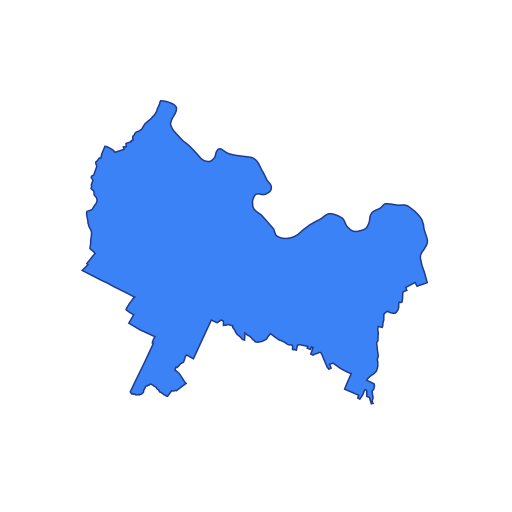 the district of Go Dau, Tây Ninh, Vietnam, rotated 160°
{"feature_id": "81297802B39580963826669", "entity_name": "Go Dau", "entity_type": "district", "adm_level": 2, "iso_a3": "VNM", "parent_name": "Vietnam", "parent_adm1": "Tây Ninh", "projection": "orthographic", "projection_center": [106.266, 11.16], "detail": "fine", "context": "isolated", "style": "filled", "palette": "blue", "viewbox_px": 512, "rotation_deg": 160, "n_neighbors": 0, "source": "geoboundaries", "source_scale": "gbopen_adm2", "svg_char_len": 6116}
<svg xmlns="http://www.w3.org/2000/svg" viewBox="0 0 512 512"><g transform="rotate(160 256 256)"><path d="M283.6,417.2L281.5,419.4L280.1,422.0L280.0,422.9L280.2,423.8L280.8,425.4L281.8,427.0L284.0,429.2L288.2,432.4L292.3,434.5L293.6,433.5L294.5,432.0L297.3,429.0L298.7,427.7L299.4,426.4L301.9,424.2L304.0,422.8L305.5,422.3L307.0,421.3L308.5,420.6L311.1,419.8L315.3,418.1L320.3,414.1L323.7,413.4L326.0,413.4L326.8,413.2L328.0,412.5L329.4,411.0L330.6,410.8L331.3,409.8L331.6,408.7L331.8,407.2L333.8,407.0L333.9,406.2L339.7,406.2L340.6,403.0L343.4,403.9L343.4,401.4L351.6,401.6L351.9,401.8L353.0,401.7L353.3,401.8L353.9,404.2L358.0,409.1L360.4,410.8L366.0,404.7L368.4,401.0L369.5,401.6L370.1,401.6L372.0,400.1L373.0,399.6L374.4,399.1L374.8,398.5L375.0,394.6L380.6,387.8L381.0,387.5L383.1,387.3L383.5,387.0L384.0,385.9L383.5,384.2L383.5,382.7L386.4,379.2L386.7,377.5L387.9,375.9L387.4,374.4L386.6,373.4L386.3,372.3L386.5,370.8L387.0,369.8L387.1,369.1L387.1,368.6L386.1,365.6L386.0,364.8L386.2,363.0L386.6,362.1L388.5,359.8L389.4,359.4L391.5,357.9L393.9,355.9L395.9,355.6L399.4,355.7L399.7,355.6L400.2,354.9L400.6,354.0L401.2,351.8L402.1,346.0L402.6,344.7L402.8,340.1L402.3,336.8L402.4,334.6L403.8,331.3L406.3,326.6L407.0,324.5L409.5,319.9L408.8,318.4L407.4,316.0L406.3,313.4L408.2,312.5L417.6,306.7L416.9,305.3L424.3,301.9L409.3,285.7L405.5,282.0L399.4,275.1L391.6,267.0L384.1,258.8L385.2,258.6L391.2,254.6L394.4,252.1L396.5,250.0L395.5,248.4L394.0,246.1L391.0,242.6L398.5,236.4L390.1,226.1L378.6,214.8L381.5,212.1L383.2,209.8L382.3,209.0L398.1,193.2L414.2,177.7L420.6,171.3L420.1,169.2L419.8,168.7L419.1,168.8L418.3,167.9L417.3,168.0L417.0,167.8L416.7,166.8L416.5,166.7L415.4,166.2L414.5,166.2L413.3,165.4L411.0,165.4L409.9,165.7L408.3,166.5L407.8,167.3L407.5,168.4L406.3,169.0L405.3,170.0L404.9,170.7L403.8,171.4L403.4,171.5L402.7,171.1L401.9,171.5L400.6,171.2L399.4,171.8L398.8,171.7L397.2,170.1L396.5,168.8L394.8,167.0L394.5,165.0L393.3,163.4L393.3,162.7L392.9,161.0L392.5,160.6L391.6,160.2L391.2,159.1L390.6,158.4L390.2,157.4L389.2,156.6L388.2,155.1L387.1,154.4L381.3,158.3L380.1,157.4L377.6,157.2L377.0,156.6L365.2,160.2L365.9,161.4L368.0,170.5L368.7,172.6L369.9,174.8L371.2,176.5L369.1,179.0L368.3,178.2L365.8,179.3L363.8,180.6L360.8,180.9L360.3,181.2L358.9,182.8L357.4,184.9L356.4,186.0L355.0,186.7L350.0,180.8L319.9,211.1L315.4,206.6L314.5,206.7L310.6,207.8L309.0,206.0L309.0,205.5L310.4,201.9L307.5,201.2L307.0,201.2L306.3,201.4L305.5,201.1L301.6,198.2L302.3,196.8L301.4,194.0L301.2,191.4L300.8,189.4L300.2,188.2L298.2,184.8L297.7,183.2L297.3,182.4L296.6,181.6L295.5,180.9L292.7,187.4L291.1,184.6L289.4,182.8L288.5,181.2L287.7,178.8L286.5,177.0L286.3,176.0L286.0,175.6L284.4,174.6L283.4,174.3L279.8,173.7L275.6,174.1L274.2,174.6L272.1,176.3L270.1,177.4L269.0,178.2L266.3,173.9L262.9,169.1L262.3,168.5L261.4,168.2L260.8,167.3L259.0,165.6L256.5,162.1L255.5,161.3L253.0,160.2L252.6,159.8L252.5,158.6L252.7,157.9L253.6,156.2L253.5,155.5L253.2,155.3L252.8,155.0L251.6,154.8L250.3,153.7L247.5,158.0L246.9,157.8L245.8,157.9L245.4,157.8L238.3,153.4L239.4,151.9L237.1,149.8L236.7,149.6L235.0,151.7L233.7,150.5L235.3,148.4L238.1,145.2L236.3,143.3L235.9,143.5L234.0,143.7L231.0,143.5L229.7,143.9L228.3,143.1L227.8,141.5L227.7,139.8L227.7,137.5L227.1,126.9L227.0,126.5L226.7,126.2L226.3,124.7L223.7,125.0L224.0,129.0L220.2,129.0L215.7,122.3L213.5,119.6L209.9,115.7L206.8,112.8L213.5,105.9L218.3,100.6L207.1,90.0L208.8,88.1L208.9,87.7L207.4,86.0L203.3,88.9L199.8,92.8L199.3,93.1L198.9,92.9L198.4,92.5L198.2,91.7L198.2,91.1L199.9,86.4L199.8,86.0L197.8,84.3L198.2,77.7L196.4,77.5L196.6,79.8L194.7,82.3L194.2,83.7L193.4,88.4L193.2,88.9L192.7,89.5L190.9,90.5L189.5,92.6L188.9,93.9L188.8,95.6L194.5,101.4L193.7,102.1L191.0,103.5L188.0,104.5L186.2,104.8L183.0,106.2L181.9,107.0L179.4,110.5L177.8,114.7L177.6,116.9L177.2,117.7L175.7,119.5L175.2,120.6L174.2,125.5L172.3,133.2L172.0,133.6L170.7,134.4L170.4,134.7L168.8,138.8L167.3,141.9L167.0,144.3L166.5,146.0L165.3,148.0L161.8,145.7L161.0,146.6L159.6,149.6L157.7,152.3L157.2,153.9L156.3,156.0L156.2,157.0L154.3,158.4L151.5,159.1L149.5,157.1L147.0,155.4L145.6,154.8L144.6,154.7L143.2,155.2L141.2,156.7L139.7,158.5L139.1,159.7L139.0,160.4L138.0,162.5L137.1,163.7L135.7,162.7L135.1,162.6L134.6,162.8L134.2,163.3L132.9,165.7L130.8,170.9L130.1,171.8L128.7,172.1L126.0,172.1L126.1,175.2L115.6,176.7L115.0,172.5L104.2,172.4L103.3,183.4L103.3,190.5L102.2,198.0L101.2,200.3L100.3,201.4L98.6,202.9L95.9,204.7L92.2,207.7L90.8,209.4L89.9,211.2L89.5,212.3L89.2,215.1L89.0,221.9L88.8,224.4L87.9,228.2L87.7,232.7L88.0,234.6L88.9,237.8L91.6,244.0L95.2,249.6L96.5,251.4L98.4,252.8L100.1,253.6L104.3,254.8L107.4,256.3L111.1,258.5L115.6,260.6L117.4,260.8L118.6,260.5L121.0,259.2L123.5,258.3L127.8,258.1L130.6,257.7L132.8,256.7L134.4,255.2L135.7,253.6L137.6,249.7L139.3,247.6L142.1,245.0L143.6,244.3L145.7,243.9L148.3,244.0L152.7,244.5L155.0,245.4L156.2,246.1L157.2,247.0L158.3,248.4L160.4,252.7L160.8,254.6L161.1,259.5L161.4,260.7L162.0,262.2L164.7,265.3L168.0,268.2L170.7,270.0L173.1,270.8L174.5,270.8L176.2,270.6L178.5,270.0L181.0,269.1L183.9,268.5L188.3,268.0L194.6,266.9L202.7,264.5L208.8,262.0L211.1,261.5L213.7,261.2L217.2,261.2L220.3,261.8L223.4,262.8L226.3,264.4L228.1,266.0L229.5,267.5L230.3,269.6L230.2,275.4L230.6,276.5L236.9,292.6L240.0,297.1L241.1,299.0L241.8,300.7L242.0,302.4L241.9,304.1L240.7,308.3L239.7,310.0L238.0,312.0L235.9,313.7L234.9,314.0L234.0,314.0L232.8,313.7L231.5,313.1L229.4,311.7L227.5,311.0L225.7,310.8L221.8,311.5L220.2,312.3L219.1,313.3L218.5,314.2L217.9,316.2L217.8,317.5L218.1,318.9L219.7,323.4L220.5,331.0L221.2,334.9L221.8,340.8L222.1,342.7L223.0,345.5L223.8,347.0L225.1,348.9L227.0,350.5L240.0,357.2L242.7,358.8L246.4,361.3L248.7,363.6L251.3,367.4L252.5,368.7L253.0,369.0L253.7,369.2L254.8,369.3L256.0,368.7L257.8,367.3L260.5,363.4L261.4,362.5L264.1,361.2L266.2,360.7L267.9,360.8L269.5,361.6L271.6,362.9L273.1,364.5L274.3,366.4L277.1,373.5L280.7,381.8L282.6,385.1L285.1,388.9L288.4,396.7L289.2,398.4L289.9,400.4L290.7,402.3L291.4,406.5L291.3,408.5L290.8,410.1L289.0,412.5L287.1,414.4L283.6,417.2Z" fill="#3b82f6" stroke="#1e3a8a" stroke-width="1.5"/></g></svg>